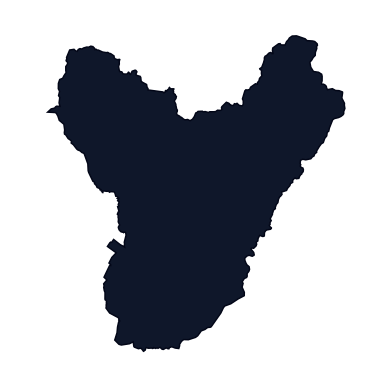 the district of Mueang Lampang, Lampang, Thailand, rotated 3°
{"feature_id": "78962969B84818875496031", "entity_name": "Mueang Lampang", "entity_type": "district", "adm_level": 2, "iso_a3": "THA", "parent_name": "Thailand", "parent_adm1": "Lampang", "projection": "natural_earth1", "projection_center": [99.504, 18.394], "detail": "fine", "context": "isolated", "style": "filled", "palette": "ink", "viewbox_px": 384, "rotation_deg": 3, "n_neighbors": 0, "source": "geoboundaries", "source_scale": "gbopen_adm2", "svg_char_len": 5928}
<svg xmlns="http://www.w3.org/2000/svg" viewBox="0 0 384 384"><g transform="rotate(3 192 192)"><path d="M168.3,92.2L167.8,91.0L168.5,90.3L168.4,89.9L165.1,90.1L164.1,88.8L163.6,89.3L163.6,90.2L162.3,91.2L161.6,92.3L160.9,92.1L160.5,92.9L160.1,92.5L159.6,93.9L158.8,94.5L157.8,93.6L142.8,92.4L142.6,90.9L141.7,89.9L141.0,87.0L136.7,85.0L135.4,83.9L134.8,80.2L134.1,79.2L131.2,78.6L130.0,77.9L130.0,76.6L130.7,74.9L129.7,73.6L128.8,73.3L125.9,74.5L124.4,77.8L123.6,77.5L122.8,75.9L122.2,75.7L121.5,77.0L120.5,77.7L117.0,77.7L115.6,75.7L113.6,75.5L112.9,74.0L112.1,70.6L112.7,68.0L112.5,65.7L112.9,63.5L112.3,63.3L111.1,63.8L108.5,63.2L107.3,62.0L107.0,60.2L103.4,58.0L102.6,58.1L100.6,57.0L99.1,57.3L95.4,56.9L91.1,55.2L90.1,55.3L88.6,54.4L87.7,54.9L87.0,53.4L85.3,51.9L84.2,52.0L83.5,51.6L80.9,52.9L79.5,52.7L76.3,53.8L74.4,55.0L72.6,54.7L71.0,55.6L69.9,57.6L68.2,57.0L66.7,55.7L62.4,56.6L59.7,64.2L60.0,65.7L59.4,67.1L59.6,67.8L60.8,68.9L61.0,69.7L60.9,70.9L59.4,73.3L59.6,77.6L60.1,79.2L58.1,82.5L56.9,85.2L54.0,86.6L52.9,90.5L53.1,95.9L54.5,98.4L53.7,102.8L55.0,104.4L54.6,110.0L55.7,113.4L52.3,113.4L51.3,114.1L50.4,115.4L47.0,116.4L43.7,119.8L51.2,119.8L52.4,120.5L54.1,123.2L55.7,127.4L60.5,131.0L61.6,136.7L61.4,139.4L61.7,140.9L62.9,141.5L65.5,145.1L68.4,146.9L69.0,147.7L68.8,149.4L71.1,151.0L74.6,155.1L75.8,156.0L78.0,156.7L80.0,158.3L82.2,159.1L86.5,169.3L87.2,176.2L87.8,177.9L92.5,186.5L94.2,187.4L94.2,188.8L96.0,190.4L97.0,192.4L99.5,193.3L100.2,194.7L101.0,194.5L101.3,195.6L101.8,195.8L102.6,197.2L103.0,197.2L103.1,195.5L107.1,195.8L108.9,195.4L109.5,196.5L111.0,195.9L114.2,195.9L115.2,197.4L116.1,200.2L117.6,200.6L119.1,201.8L117.8,202.4L118.9,203.2L118.2,204.6L119.8,205.6L119.0,208.4L119.7,209.8L118.5,210.5L120.2,215.5L119.4,215.8L118.6,218.1L119.6,219.1L119.5,221.0L120.0,222.7L119.9,225.7L121.5,228.7L120.5,230.2L120.3,231.4L121.2,233.6L122.9,235.3L123.8,235.2L124.2,235.8L125.3,235.7L125.9,236.2L126.8,235.5L127.9,236.0L128.4,238.6L127.0,245.7L127.4,247.6L127.1,249.0L127.6,250.5L123.0,248.3L116.2,243.5L114.4,246.5L113.4,246.3L112.7,246.9L110.4,250.8L119.5,256.7L115.4,261.5L112.8,267.3L114.6,268.8L114.6,269.6L114.0,269.4L113.4,270.1L108.6,281.7L111.6,284.3L108.6,288.3L109.2,290.7L108.8,291.6L109.6,295.2L110.4,296.8L110.7,303.4L110.9,304.2L111.6,304.5L112.4,305.7L112.2,307.5L112.8,308.2L112.1,309.3L112.4,310.1L112.2,312.4L116.1,317.2L124.7,321.2L125.6,322.2L125.6,323.2L126.5,324.4L125.7,324.6L126.0,325.3L125.5,325.9L124.7,330.8L124.5,336.5L122.6,343.9L127.0,347.9L129.4,348.5L137.5,346.8L141.1,344.7L142.0,349.2L142.5,349.9L146.7,351.3L148.4,350.8L149.6,350.9L151.7,353.4L152.0,353.1L152.3,353.4L152.9,352.6L153.5,352.4L154.1,350.2L154.8,349.7L155.7,350.2L156.3,349.9L156.8,350.3L160.1,349.9L160.5,350.3L161.8,349.4L162.1,350.0L163.3,349.6L164.0,350.1L165.3,349.3L166.2,349.9L168.1,348.7L170.4,350.6L171.7,350.7L174.3,349.0L176.3,349.8L177.2,349.7L177.5,348.6L179.9,347.6L183.3,348.7L187.0,349.0L187.7,346.2L187.5,345.0L189.3,341.7L191.4,339.8L196.1,339.7L203.1,337.0L205.2,335.3L208.5,330.2L212.1,328.6L214.7,326.5L217.3,326.1L218.2,325.6L227.1,311.4L229.4,305.9L230.7,304.1L236.6,301.6L243.6,296.4L249.6,292.8L249.5,289.4L247.0,284.4L247.8,280.6L246.8,279.0L248.8,275.6L251.0,274.5L251.5,273.2L251.3,270.6L253.0,268.1L253.5,266.2L252.9,263.5L250.8,262.0L249.6,260.2L248.4,257.5L248.1,255.5L250.0,253.2L251.7,252.4L252.4,252.2L255.5,253.0L257.2,252.0L257.4,251.5L256.8,249.2L253.9,245.9L254.0,245.2L254.8,244.8L256.5,245.0L258.8,242.5L259.3,240.8L258.7,238.8L260.3,237.4L260.4,235.1L261.8,231.8L264.9,232.7L265.9,232.5L266.5,232.1L266.5,228.7L267.5,226.9L268.6,226.0L272.3,225.1L273.1,224.3L273.1,223.6L271.5,222.4L270.9,221.1L271.7,220.1L271.4,218.7L272.6,216.4L271.7,215.1L271.7,214.1L273.5,210.2L273.5,208.6L274.0,207.6L274.1,206.1L276.1,204.2L275.9,203.3L276.8,200.1L278.3,198.1L278.7,195.0L279.7,192.3L280.5,191.8L282.0,189.7L281.4,187.4L286.3,185.5L287.2,183.3L289.4,180.5L289.9,178.5L292.0,177.1L291.9,175.2L292.9,173.7L294.2,172.6L295.4,173.3L298.0,172.8L298.7,170.5L299.6,169.1L300.6,168.3L301.0,166.9L301.9,166.0L302.1,163.9L301.5,162.3L299.7,161.7L298.7,160.4L299.2,159.1L298.5,158.0L298.7,154.7L300.8,153.5L303.9,153.9L308.9,152.6L310.4,150.6L311.9,149.7L312.5,147.6L314.4,145.9L314.3,144.5L316.8,139.8L318.6,137.1L320.5,135.8L321.7,131.6L323.6,128.9L323.9,125.3L325.3,124.2L325.9,120.8L328.7,112.5L330.4,111.2L334.4,110.0L336.7,108.8L338.6,107.2L339.4,105.9L339.3,103.7L340.3,100.6L339.6,97.3L339.6,95.4L336.7,90.4L337.2,85.0L337.0,84.2L333.6,83.1L330.0,83.1L326.8,81.5L321.9,82.7L320.9,80.9L320.6,79.5L319.6,78.4L317.8,77.5L315.9,77.6L315.6,76.3L316.1,74.2L315.9,69.6L315.3,67.6L312.1,65.8L307.0,65.3L304.1,61.2L302.9,56.3L304.7,53.9L306.0,51.3L307.9,49.2L307.9,46.1L309.1,42.2L308.8,40.2L309.6,38.9L309.2,37.4L306.7,35.3L304.7,34.9L298.9,34.8L297.0,33.1L288.3,30.6L283.9,31.0L281.2,33.1L280.2,35.0L278.6,36.8L277.2,40.3L273.3,40.5L272.2,39.2L270.6,39.5L265.1,44.0L264.9,46.3L265.7,49.5L264.8,49.7L263.6,48.6L262.9,48.6L261.5,49.3L259.3,51.8L257.9,52.6L257.2,54.3L257.4,55.8L256.6,59.4L255.1,63.9L253.2,65.3L253.5,66.0L255.1,66.9L255.1,70.1L255.7,72.3L253.5,75.0L253.1,77.4L251.7,79.3L251.7,80.9L249.7,80.6L245.0,84.3L244.2,86.6L241.7,87.3L240.5,87.1L239.5,88.2L237.5,96.4L238.4,98.2L238.6,101.9L237.5,103.4L234.6,103.0L232.3,101.1L231.3,101.8L229.7,101.6L228.9,103.4L226.3,103.5L226.1,102.9L224.8,102.7L224.9,102.1L224.1,101.4L221.6,100.6L217.4,105.2L217.0,106.4L217.6,108.0L216.3,109.0L213.2,109.0L211.2,110.6L205.6,110.9L204.2,111.7L200.9,111.0L199.1,111.4L198.1,110.8L193.8,111.2L192.6,112.5L191.6,112.9L190.4,116.5L188.7,119.3L186.3,120.9L183.9,119.8L181.4,120.3L179.9,119.8L177.6,118.0L176.4,117.7L175.7,116.9L173.0,115.7L172.4,113.8L173.0,112.6L173.1,111.0L172.3,109.9L171.6,107.1L171.2,106.6L171.4,106.0L171.1,104.9L169.7,102.4L169.8,101.5L171.1,99.4L171.4,97.3L170.2,96.4L170.2,95.6L168.4,94.4L168.3,92.2Z" fill="#0f172a" stroke="#020617" stroke-width="1.5"/></g></svg>